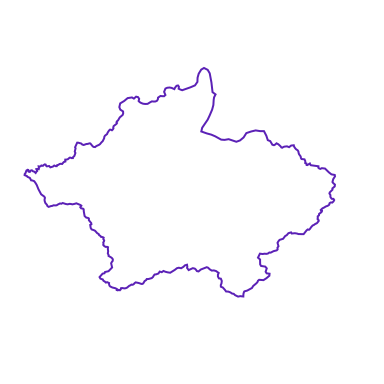 Hulu Perak, Perak, Malaysia, rotated 54°
{"feature_id": "92858781B35407838405861", "entity_name": "Hulu Perak", "entity_type": "district", "adm_level": 2, "iso_a3": "MYS", "parent_name": "Malaysia", "parent_adm1": "Perak", "projection": "albers", "projection_center": [101.278, 5.451], "detail": "fine", "context": "isolated", "style": "outline", "palette": "violet", "viewbox_px": 384, "rotation_deg": 54, "n_neighbors": 0, "source": "geoboundaries", "source_scale": "gbopen_adm2", "svg_char_len": 5938}
<svg xmlns="http://www.w3.org/2000/svg" viewBox="0 0 384 384"><g transform="rotate(54 192 192)"><path d="M290.3,112.8L290.3,110.7L290.6,109.9L290.6,109.0L289.9,106.5L289.3,106.1L288.7,106.3L287.6,106.3L287.1,105.5L286.2,105.1L285.6,104.6L285.5,103.0L284.4,102.0L284.4,99.3L284.1,98.4L283.6,97.9L282.9,98.6L282.2,98.4L281.9,96.1L282.3,93.7L282.3,92.6L282.5,91.7L282.9,90.5L283.0,89.0L282.8,88.2L282.0,87.5L281.9,86.7L282.1,85.7L283.0,84.8L282.8,83.1L282.1,81.7L280.7,81.6L279.7,82.9L278.7,83.0L277.3,82.9L275.8,81.8L274.0,81.7L273.3,80.8L272.7,77.0L271.6,76.3L271.4,73.3L270.0,72.0L267.9,72.5L266.5,72.5L264.6,70.2L263.4,67.1L262.1,66.5L259.7,68.8L256.6,69.7L251.2,70.6L249.0,73.0L248.8,74.5L247.9,75.2L246.6,75.5L245.5,74.6L240.2,80.1L239.5,80.2L238.2,79.9L238.0,82.9L237.5,83.4L236.1,82.7L235.2,83.4L233.6,82.2L231.7,81.8L229.7,84.0L228.5,83.9L227.1,83.2L224.4,83.2L223.1,82.8L221.7,82.1L220.4,82.0L218.5,82.7L216.9,82.8L215.2,82.7L214.0,82.2L212.7,84.5L212.8,87.1L210.9,88.3L209.6,90.6L209.3,91.6L209.2,93.0L208.5,93.5L207.0,93.5L204.1,94.1L202.3,95.0L202.5,96.9L202.3,98.2L201.0,99.2L196.8,98.8L194.6,100.2L190.2,98.8L185.1,98.0L182.9,101.0L179.6,104.3L177.8,108.6L176.3,113.4L178.2,118.2L178.5,122.9L177.4,126.6L170.8,131.3L169.0,135.0L166.8,137.6L160.6,140.5L156.9,142.7L153.3,145.6L148.5,148.9L146.0,146.0L142.7,136.8L140.5,132.8L137.2,127.3L134.2,123.6L130.2,120.3L128.4,118.5L126.9,115.6L123.3,116.7L114.8,111.9L106.4,107.9L102.4,107.5L98.7,109.4L98.4,112.6L100.2,117.0L102.8,120.3L106.1,122.9L107.5,126.9L106.4,131.7L103.9,140.1L102.1,141.3L100.6,142.1L99.1,140.7L97.6,140.7L97.0,142.1L97.6,144.3L98.4,145.8L95.8,147.3L94.3,148.7L93.1,150.8L92.7,152.7L94.6,155.7L97.9,156.5L98.1,158.3L96.7,160.1L95.8,161.0L95.7,164.0L97.0,165.2L97.6,166.7L97.3,168.3L96.4,169.7L95.1,171.2L94.8,173.3L94.6,176.1L93.3,178.1L91.8,179.7L90.1,180.8L88.5,181.5L87.0,181.7L85.6,180.0L83.5,179.9L82.0,181.2L82.3,184.1L80.2,185.0L78.2,188.9L78.5,193.4L78.1,198.0L80.6,200.9L83.2,201.6L86.3,200.4L88.0,201.5L88.9,202.8L89.2,206.6L90.6,209.8L90.7,211.2L91.2,212.1L92.1,212.1L92.5,213.1L92.6,216.6L93.4,217.7L94.4,218.2L94.9,219.5L95.0,220.5L93.8,221.1L93.3,221.8L93.6,223.3L94.4,225.4L95.2,226.6L95.3,229.4L95.9,230.6L96.9,231.5L98.4,234.4L98.6,236.0L99.2,238.3L99.2,239.5L98.6,242.4L98.7,244.0L97.6,245.2L96.4,245.5L93.0,245.7L92.4,246.3L91.8,248.1L91.1,249.2L90.3,252.0L89.1,252.9L87.7,253.1L85.2,255.1L84.6,255.9L87.1,260.3L88.2,260.5L90.4,263.1L91.9,263.4L93.7,266.0L94.0,268.2L94.5,268.5L93.8,269.5L92.8,270.1L92.3,270.8L92.5,273.1L92.0,274.5L91.3,275.5L92.0,276.1L92.9,276.5L92.4,278.2L93.0,280.6L92.0,281.6L91.5,282.7L91.5,284.2L91.0,285.3L91.6,286.2L91.1,287.0L89.6,287.9L89.7,289.5L88.8,292.1L87.0,292.3L85.9,294.4L84.9,294.6L83.8,294.3L83.1,294.9L83.0,296.3L83.2,297.2L82.7,297.8L82.0,298.3L82.2,299.3L82.0,300.1L81.1,301.0L83.0,302.0L83.5,302.6L82.3,303.8L82.0,304.5L84.0,304.9L84.2,306.2L84.7,307.3L82.8,307.7L81.5,308.6L80.3,308.8L79.9,309.7L79.9,310.6L80.4,311.1L80.2,311.7L79.7,312.1L79.2,312.3L77.9,311.5L77.4,311.9L77.3,313.3L78.9,315.7L79.1,316.7L79.9,317.5L80.9,317.0L81.3,316.6L82.4,316.1L83.0,316.2L85.3,314.9L88.0,315.3L88.8,314.4L90.5,313.3L92.8,313.3L95.1,313.5L99.5,314.6L105.2,315.4L108.9,314.2L110.3,314.4L111.4,315.7L112.5,316.4L114.6,317.1L117.0,316.9L118.5,317.2L119.8,316.7L120.4,314.6L121.1,313.2L121.4,311.8L122.5,310.5L123.2,309.3L123.3,307.6L123.7,305.5L124.7,304.6L124.9,303.1L127.6,301.1L128.9,299.8L129.6,298.1L130.4,297.1L131.7,296.0L132.6,293.9L133.2,292.2L137.1,289.8L138.1,289.6L138.6,291.3L140.0,291.3L141.4,290.0L142.3,289.8L144.0,290.9L148.3,293.0L150.6,292.6L151.8,291.4L152.8,291.0L154.2,292.0L157.9,291.8L159.0,292.4L158.8,293.7L161.6,295.1L163.3,295.2L165.1,293.9L166.4,293.2L169.5,292.9L171.3,292.2L172.4,292.5L173.7,291.9L174.8,292.0L176.1,290.7L177.0,290.3L177.9,291.4L179.5,291.5L180.3,292.4L180.6,293.4L182.1,294.2L182.6,294.9L184.0,294.8L185.6,294.2L186.6,292.8L187.3,292.4L188.5,293.5L190.7,294.7L192.2,296.2L193.9,296.5L194.7,297.1L197.1,296.0L198.4,295.6L199.9,295.6L201.1,296.6L201.5,298.0L202.1,299.3L206.1,301.0L207.0,306.1L205.6,309.4L206.3,310.6L205.5,312.3L206.5,316.8L208.2,317.0L209.4,316.3L210.2,315.6L211.8,315.8L213.2,315.2L214.7,314.9L215.0,313.7L216.9,312.6L217.4,313.1L219.2,313.8L220.3,313.7L222.4,312.6L224.9,310.5L226.4,309.8L227.1,310.5L228.0,309.8L228.1,308.8L229.1,308.1L228.9,306.9L228.1,306.0L228.6,305.0L230.3,303.3L230.9,302.1L231.2,300.7L231.0,297.9L231.3,296.5L231.3,295.4L232.2,294.5L232.3,293.2L232.0,292.1L232.0,290.7L234.3,288.6L236.7,286.9L237.3,285.9L237.1,284.7L236.2,282.7L236.3,280.9L235.8,279.8L236.8,278.4L238.0,275.2L237.8,273.4L237.1,272.0L236.8,270.7L237.5,269.5L238.2,267.1L237.4,264.9L239.1,263.6L239.1,261.5L240.9,260.4L242.7,258.9L244.5,257.1L244.9,251.7L244.8,249.0L245.5,247.2L247.3,245.6L247.5,242.9L247.2,240.8L247.9,238.8L249.7,239.7L250.5,240.6L253.2,240.6L254.1,236.1L255.6,234.8L256.9,234.5L258.9,234.5L260.1,233.4L259.9,230.4L261.5,224.3L262.7,223.5L265.0,223.1L267.2,222.2L268.3,220.4L270.1,219.0L273.2,218.0L274.1,219.6L275.6,220.7L277.7,221.0L279.1,219.6L281.5,220.2L283.3,221.9L284.2,223.4L285.6,224.3L287.4,223.2L290.4,222.9L292.5,222.9L294.0,221.1L295.9,219.9L297.7,219.3L298.9,218.1L300.7,217.8L303.7,216.2L304.6,214.2L306.7,211.9L304.7,210.3L303.5,208.8L303.2,208.0L304.2,205.3L304.9,199.9L304.0,197.8L303.7,193.6L303.4,192.1L302.6,190.8L302.5,189.3L305.3,186.0L305.5,182.5L305.2,178.6L303.7,177.3L301.7,179.4L299.8,179.3L297.7,176.4L295.4,176.6L292.4,179.6L290.6,179.4L286.6,176.6L283.9,177.2L281.8,173.3L283.7,171.3L284.6,169.5L285.7,168.3L286.4,166.8L286.4,165.0L287.3,164.0L287.8,160.8L289.0,157.8L288.8,156.5L287.3,155.6L286.7,153.9L283.4,152.7L282.7,151.2L282.2,149.3L283.4,145.8L282.4,142.5L282.6,140.7L282.0,138.2L282.9,135.6L284.2,135.7L285.8,133.0L287.3,131.5L288.6,130.6L291.7,126.5L290.4,121.9L290.3,120.4L291.3,119.6L291.2,118.3L290.5,116.4L290.0,114.1L290.3,112.8Z" fill="none" stroke="#5b21b6" stroke-width="2"/></g></svg>